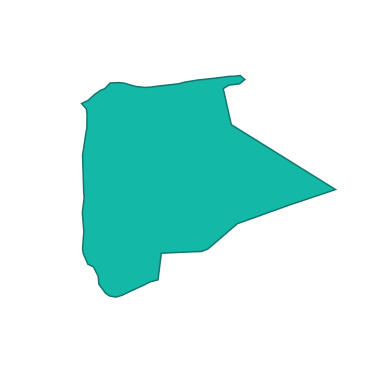 outline of Brejo Grande, Sergipe, Brazil, rotated 200°
{"feature_id": "56859067B39300594646138", "entity_name": "Brejo Grande", "entity_type": "district", "adm_level": 2, "iso_a3": "BRA", "parent_name": "Brazil", "parent_adm1": "Sergipe", "projection": "equal_earth", "projection_center": [-36.456, -10.473], "detail": "fine", "context": "isolated", "style": "filled", "palette": "teal", "viewbox_px": 384, "rotation_deg": 200, "n_neighbors": 0, "source": "geoboundaries", "source_scale": "gbopen_adm2", "svg_char_len": 874}
<svg xmlns="http://www.w3.org/2000/svg" viewBox="0 0 384 384"><g transform="rotate(200 192 192)"><path d="M193.9,97.8L199.9,124.0L181.2,131.8L162.6,139.4L157.5,144.0L138.6,177.7L96.3,212.9L58.0,243.4L178.1,268.7L198.0,299.8L193.8,305.1L184.3,309.9L180.8,315.8L186.6,317.9L191.8,315.3L196.8,313.3L202.5,310.3L210.2,306.4L220.1,301.5L224.9,299.2L236.2,292.9L241.3,289.3L248.8,285.5L258.6,280.7L266.8,276.4L272.1,274.1L280.8,272.0L287.4,271.4L293.1,271.1L298.8,269.6L306.2,266.4L309.4,259.2L312.8,256.2L316.9,250.3L320.9,242.7L326.0,237.4L319.6,233.9L317.1,228.8L312.8,216.5L311.5,209.3L307.4,189.1L294.3,156.3L291.4,149.7L287.9,134.8L280.1,117.8L275.6,101.7L273.2,97.1L265.1,88.5L258.9,87.9L251.3,80.7L248.0,73.5L238.6,67.3L233.7,66.1L227.6,67.2L222.2,71.2L217.1,76.5L212.5,81.1L205.6,87.9L200.5,93.3L193.9,97.8Z" fill="#14b8a6" stroke="#0f766e" stroke-width="1.5"/></g></svg>